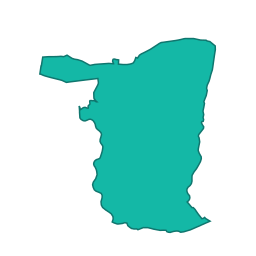 Rafael Lucio, Veracruz, Mexico, rotated 189°
{"feature_id": "50627088B78705285739892", "entity_name": "Rafael Lucio", "entity_type": "district", "adm_level": 2, "iso_a3": "MEX", "parent_name": "Mexico", "parent_adm1": "Veracruz", "projection": "orthographic", "projection_center": [-96.981, 19.6], "detail": "fine", "context": "isolated", "style": "filled", "palette": "teal", "viewbox_px": 256, "rotation_deg": 189, "n_neighbors": 0, "source": "geoboundaries", "source_scale": "gbopen_adm2", "svg_char_len": 4288}
<svg xmlns="http://www.w3.org/2000/svg" viewBox="0 0 256 256"><g transform="rotate(189 128 128)"><path d="M60.7,226.2L63.3,226.3L64.6,226.9L70.0,226.2L77.1,226.6L80.9,226.0L85.6,225.3L85.8,225.2L87.0,224.8L89.1,223.9L91.9,222.8L94.5,221.9L100.0,220.2L102.0,219.6L106.2,218.3L108.6,217.6L110.3,216.4L111.9,214.9L118.0,209.4L118.2,209.2L121.7,206.6L124.6,204.5L126.4,203.3L128.1,201.7L128.6,200.6L129.5,198.6L131.3,198.9L131.9,195.6L132.9,193.2L134.0,192.4L135.6,191.6L136.4,191.3L138.3,190.7L139.0,190.5L140.3,190.3L142.9,189.9L144.2,189.8L145.6,189.7L147.4,189.6L147.4,189.8L147.5,190.5L147.9,193.8L149.8,193.8L150.3,193.7L150.6,193.8L151.1,193.8L151.3,193.9L151.7,194.0L152.4,193.9L153.2,193.7L153.4,193.6L153.6,193.0L153.7,191.6L153.1,190.5L152.7,190.0L152.4,189.6L152.3,189.2L157.0,188.8L164.3,187.1L165.7,186.8L170.7,185.6L175.4,183.9L183.8,186.9L188.4,187.6L191.6,187.6L194.1,188.0L199.6,190.4L202.6,188.4L205.5,188.3L208.0,187.7L210.4,187.2L218.1,185.9L223.3,184.7L223.3,175.8L223.6,175.7L223.5,167.5L221.8,167.4L221.3,167.1L219.0,166.6L218.7,166.6L217.9,166.4L217.6,166.4L214.4,166.0L213.2,165.9L212.5,165.8L202.1,164.9L201.7,164.8L200.6,164.7L196.0,163.4L193.5,164.2L179.3,168.3L178.6,168.5L172.6,170.2L165.5,172.2L164.4,168.5L164.3,167.3L164.4,166.5L165.0,164.5L167.3,157.8L167.3,157.4L167.2,156.7L166.3,152.1L166.1,151.9L165.1,150.9L164.2,149.9L162.8,149.0L163.2,148.9L164.1,149.1L164.7,149.3L164.9,149.5L165.5,149.9L165.9,150.0L166.0,149.9L166.2,149.7L166.7,149.4L167.4,149.3L167.8,149.4L168.2,149.4L169.0,149.3L169.8,149.1L170.0,148.6L169.9,147.9L169.4,146.0L169.5,145.3L169.8,144.9L170.4,144.3L170.8,143.5L170.7,142.8L170.5,142.4L170.5,142.0L170.5,141.9L170.6,141.7L170.6,141.3L171.1,141.3L171.6,141.3L172.2,141.4L173.3,141.7L174.0,141.6L174.4,141.5L174.6,141.4L175.3,141.1L176.2,140.3L177.5,138.9L177.8,138.7L178.1,138.5L178.4,140.0L179.1,141.3L179.8,142.0L179.3,140.7L178.5,137.2L178.3,135.8L177.1,130.6L176.6,129.9L175.6,129.1L173.6,128.3L172.8,128.2L171.5,128.3L170.7,128.7L169.2,129.6L168.4,130.2L166.9,130.8L165.8,130.7L164.3,130.2L163.2,129.5L163.1,129.3L161.8,127.9L160.9,126.4L160.3,124.7L159.4,123.0L158.1,121.9L155.8,120.6L154.0,119.2L153.1,117.3L153.3,115.6L153.3,115.2L153.7,112.5L153.5,110.4L153.4,110.2L152.5,108.8L150.4,106.6L149.9,105.6L149.8,104.6L149.8,101.7L149.9,100.3L150.3,97.6L150.8,94.6L151.1,93.8L151.7,93.2L152.7,92.6L154.3,91.8L155.2,90.9L155.9,89.9L156.3,88.3L156.3,87.1L155.9,86.1L155.2,85.0L154.4,84.3L153.6,83.1L153.0,82.2L152.5,81.2L152.2,80.4L151.9,79.5L151.6,78.4L151.2,77.1L151.8,73.9L151.9,73.0L153.7,69.3L153.8,69.0L154.1,66.4L153.0,63.8L151.6,61.7L149.7,60.6L146.5,59.9L144.2,59.2L143.0,57.4L142.9,57.2L142.7,54.9L142.7,54.6L143.1,51.2L143.1,50.9L142.5,48.6L142.3,47.8L140.6,45.5L140.2,45.3L137.1,43.5L135.4,42.8L135.1,42.6L134.1,42.2L133.3,41.8L131.2,40.7L129.0,38.2L128.4,35.7L128.9,32.7L127.0,32.1L123.6,31.5L122.5,31.7L122.1,31.8L121.5,32.0L118.7,32.8L116.3,34.0L115.0,33.9L114.2,33.9L112.9,31.5L110.9,30.3L108.8,29.3L107.5,29.3L106.7,29.2L106.3,29.2L106.1,29.2L103.6,29.7L102.3,29.1L97.3,32.0L97.0,32.1L96.4,32.1L94.8,32.4L94.6,32.4L92.9,32.7L89.4,32.4L86.8,32.1L86.1,32.1L82.9,32.0L81.1,32.0L80.4,31.9L77.5,32.5L74.7,32.9L74.4,32.9L73.4,31.7L71.8,31.4L69.9,31.5L69.4,31.8L66.8,33.0L64.2,33.8L63.4,33.9L61.9,34.0L59.7,33.3L56.7,34.2L51.7,36.6L50.4,37.2L50.2,37.4L49.5,37.8L43.9,41.4L42.7,42.1L40.6,43.5L40.4,43.7L38.9,44.6L36.5,46.2L34.7,47.3L32.4,48.8L37.1,50.7L38.0,51.4L38.3,51.7L39.5,50.5L40.9,50.0L42.3,51.3L43.9,52.8L44.7,53.5L45.6,54.4L47.8,56.7L48.7,57.7L49.1,58.1L51.1,59.6L52.4,59.4L53.7,60.5L56.4,62.9L58.0,64.2L56.7,65.8L56.1,67.3L56.0,68.8L56.6,70.7L58.8,72.7L60.0,74.9L60.2,76.8L59.5,78.8L57.7,80.9L56.7,83.0L56.5,85.6L57.0,88.4L57.2,90.0L57.3,91.3L55.9,95.0L54.0,98.5L52.5,102.4L51.2,106.1L50.8,109.1L51.2,111.0L53.7,114.2L55.1,116.6L55.3,118.2L55.2,121.4L55.0,125.5L55.2,126.1L55.6,127.4L56.3,129.5L57.2,130.8L57.2,132.4L53.4,139.3L53.4,141.0L55.0,142.8L56.3,144.6L56.0,145.9L54.8,146.3L54.6,148.1L55.5,150.1L55.3,153.0L56.6,156.4L56.4,160.1L56.3,164.2L57.2,165.8L56.6,168.8L55.8,172.3L55.6,177.4L56.6,179.5L56.5,182.6L55.3,186.9L55.2,187.6L54.9,190.0L54.6,193.6L53.8,198.6L53.8,201.6L53.9,206.3L54.0,213.3L54.0,219.2L54.1,219.6L54.7,222.7L60.7,226.2Z" fill="#14b8a6" stroke="#0f766e" stroke-width="1.5"/></g></svg>